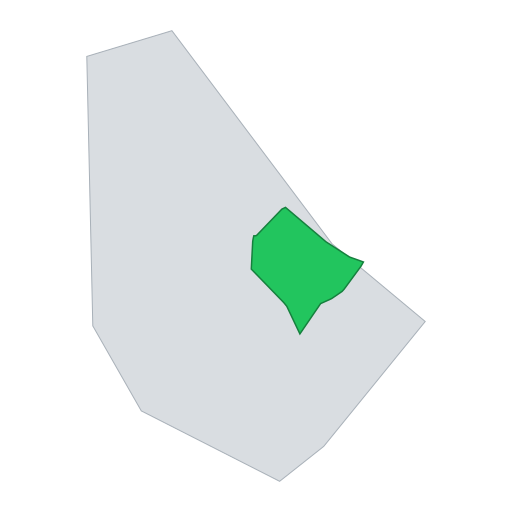 location of Saint John within Barbados
{"feature_id": "BRB-1993", "entity_name": "Saint John", "entity_type": "Parish", "adm_level": 1, "iso_a3": "BRB", "parent_name": "Barbados", "parent_adm1": "", "projection": "robinson", "projection_center": [-59.511, 13.182], "detail": "fine", "context": "in_parent", "style": "filled", "palette": "green", "viewbox_px": 512, "rotation_deg": 0, "n_neighbors": 0, "source": "natural_earth", "source_scale": "10m", "svg_char_len": 550}
<svg xmlns="http://www.w3.org/2000/svg" viewBox="0 0 512 512"><path d="M323.7,446.4L279.6,481.3L141.3,410.9L92.8,325.9L86.8,56.4L171.9,30.7L332.1,243.9L425.2,321.5L323.7,446.4Z" fill="#d9dde1" stroke="#a8b0b8" stroke-width="1"/><path d="M285.5,207.4L326.1,241.9L349.5,257.0L363.4,262.0L361.0,266.2L344.1,289.2L342.1,291.4L331.6,298.6L320.6,303.6L299.9,333.9L286.8,306.3L283.7,302.5L251.3,269.1L252.7,241.5L253.1,239.0L253.8,235.8L255.2,235.8L255.8,235.7L256.5,235.5L281.9,209.1L285.5,207.4Z" fill="#22c55e" stroke="#15803d" stroke-width="1.5"/></svg>